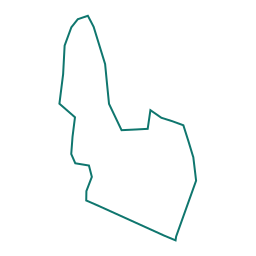 outline of Wilton'S Yard/Grave Yard, Castries, Saint Lucia, rotated 271°
{"feature_id": "8701671B87901537971964", "entity_name": "Wilton'S Yard/Grave Yard", "entity_type": "district", "adm_level": 2, "iso_a3": "LCA", "parent_name": "Saint Lucia", "parent_adm1": "Castries", "projection": "mercator", "projection_center": [-60.986, 14.01], "detail": "fine", "context": "isolated", "style": "outline", "palette": "teal", "viewbox_px": 256, "rotation_deg": 271, "n_neighbors": 0, "source": "geoboundaries", "source_scale": "gbopen_adm2", "svg_char_len": 570}
<svg xmlns="http://www.w3.org/2000/svg" viewBox="0 0 256 256"><g transform="rotate(271 128 128)"><path d="M239.5,85.9L235.9,75.9L227.7,69.6L209.3,63.2L180.7,62.2L151.1,59.0L137.8,74.8L118.4,72.7L101.0,71.7L91.8,75.9L89.8,89.6L78.5,92.7L64.2,87.5L54.8,87.5L49.6,100.0L21.1,165.9L16.5,177.5L20.3,178.0L76.5,197.0L84.7,195.9L100.0,193.8L101.4,193.3L115.7,188.7L131.7,183.3L135.7,171.7L138.8,161.2L146.2,150.1L127.5,147.7L126.6,135.1L125.7,121.6L151.8,108.6L173.1,106.1L191.5,104.0L228.5,91.9L233.7,89.1L239.5,85.9Z" fill="none" stroke="#0f766e" stroke-width="2"/></g></svg>